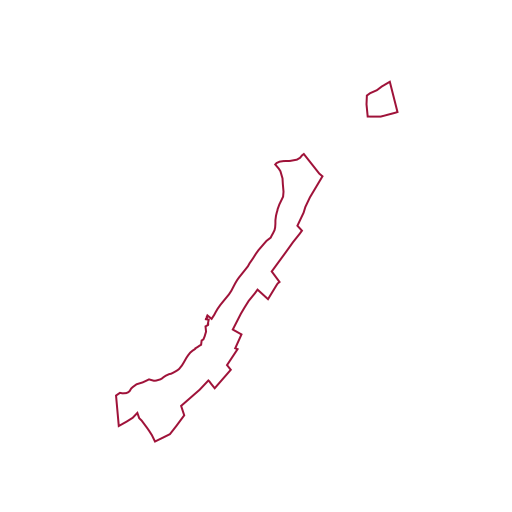 Pangai, Tonga (Equal Earth projection), rotated 19°
{"feature_id": "48082658B13739269194746", "entity_name": "Pangai", "entity_type": "district", "adm_level": 2, "iso_a3": "TON", "parent_name": "Tonga", "parent_adm1": "", "projection": "equal_earth", "projection_center": [-174.349, -19.79], "detail": "fine", "context": "isolated", "style": "outline", "palette": "rose", "viewbox_px": 512, "rotation_deg": 19, "n_neighbors": 0, "source": "geoboundaries", "source_scale": "gbopen_adm2", "svg_char_len": 2087}
<svg xmlns="http://www.w3.org/2000/svg" viewBox="0 0 512 512"><g transform="rotate(19 256 256)"><path d="M234.0,422.1L246.2,400.9L251.5,389.2L252.8,389.8L255.1,391.4L260.0,394.5L269.2,371.8L264.1,368.6L264.6,366.7L268.9,350.1L266.4,350.0L267.8,334.9L258.0,333.1L260.5,315.4L261.9,308.6L263.7,300.8L267.1,291.6L268.4,287.3L281.4,292.9L284.8,277.4L285.4,275.0L286.7,272.9L275.9,265.5L282.9,242.9L286.5,230.8L290.0,221.0L291.2,217.1L285.3,213.9L286.9,199.6L286.7,193.5L287.9,182.9L292.9,159.0L289.0,157.5L268.0,144.0L266.7,146.0L265.7,148.8L263.3,151.6L257.1,155.1L251.3,157.2L247.6,159.1L245.2,161.4L244.4,163.2L249.1,166.0L251.5,167.9L255.8,174.0L257.9,179.1L261.1,186.3L262.3,191.1L261.3,199.6L261.2,204.7L261.4,205.9L261.5,208.3L261.8,211.4L262.7,215.8L263.9,219.4L264.8,222.8L265.1,225.5L264.7,228.8L264.2,231.6L263.9,233.9L261.1,238.1L259.5,242.0L256.5,249.5L255.2,253.8L253.9,259.3L252.3,265.0L251.7,268.4L249.0,276.0L247.1,281.3L246.5,283.2L246.0,285.0L245.3,288.3L244.8,291.5L244.0,296.9L242.9,301.2L240.4,307.9L238.3,313.6L236.9,318.4L236.1,322.4L235.7,325.1L235.3,326.7L235.0,327.8L234.5,329.9L229.4,328.0L229.3,329.3L229.7,329.3L229.8,330.8L229.1,331.5L229.2,332.1L232.0,331.6L232.6,335.9L233.0,336.0L233.1,336.9L231.2,339.0L233.4,343.8L233.6,348.7L233.5,350.6L233.4,352.0L232.1,353.6L233.0,357.8L231.7,359.3L230.4,361.1L228.7,363.1L228.8,363.5L228.0,364.7L227.0,365.9L225.3,368.7L224.2,371.8L223.4,374.7L222.3,380.5L221.6,383.6L220.1,387.8L219.0,389.5L217.5,391.3L215.7,393.3L214.0,395.0L212.3,396.0L209.7,398.5L208.0,400.7L206.9,402.5L205.7,403.8L202.0,406.4L200.1,407.2L195.0,407.5L192.6,409.9L190.0,412.4L184.8,416.2L182.1,420.1L181.1,422.0L180.5,424.9L179.4,426.6L177.9,427.9L174.6,429.3L171.9,429.7L169.1,433.5L170.7,437.1L181.6,461.4L187.6,454.7L192.1,449.1L194.9,443.0L198.4,447.4L201.4,448.8L209.0,454.0L212.0,456.2L215.9,459.3L220.9,464.3L232.6,452.5L236.0,442.7L240.0,430.0L234.0,422.1ZM325.8,47.7L319.8,54.7L316.3,59.9L310.9,64.9L308.6,68.2L311.1,76.6L316.2,87.8L328.5,83.6L341.2,75.1L342.9,73.8L325.8,47.7Z" fill="none" stroke="#9f1239" stroke-width="2"/></g></svg>